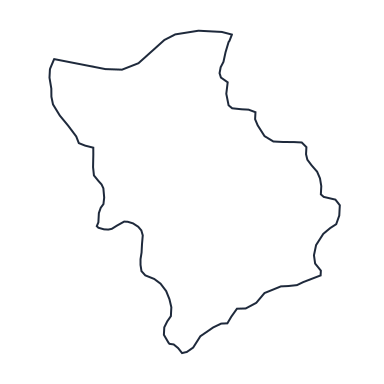 the Statistical Region of Bitola, rotated 183°
{"feature_id": "MKD-2896", "entity_name": "Bitola", "entity_type": "Statistical Region", "adm_level": 1, "iso_a3": "MKD", "parent_name": "North Macedonia", "parent_adm1": "", "projection": "mercator", "projection_center": [21.29, 41.04], "detail": "fine", "context": "isolated", "style": "outline", "palette": "slate", "viewbox_px": 384, "rotation_deg": 183, "n_neighbors": 0, "source": "natural_earth", "source_scale": "10m", "svg_char_len": 1636}
<svg xmlns="http://www.w3.org/2000/svg" viewBox="0 0 384 384"><g transform="rotate(183 192 192)"><path d="M336.6,317.5L284.9,310.2L268.3,310.5L252.2,317.8L227.5,342.4L217.0,348.5L194.0,353.4L170.6,353.4L160.4,351.3L160.4,351.2L162.5,344.9L163.3,343.7L165.8,333.4L167.4,323.6L169.9,318.1L170.7,312.1L169.1,307.8L162.1,303.4L162.9,291.9L160.0,280.5L156.3,277.7L146.8,277.2L139.8,277.2L132.8,275.0L132.8,268.0L129.9,262.0L122.5,251.6L113.4,246.7L104.0,246.7L92.4,247.2L85.0,247.2L80.1,242.8L80.1,235.7L78.5,230.3L73.9,224.8L68.1,218.8L64.9,212.3L63.2,204.6L63.2,196.4L60.2,194.0L48.4,191.9L43.7,186.5L43.7,176.2L46.3,167.4L52.0,163.3L58.7,157.1L65.3,145.5L66.9,135.2L65.3,127.0L59.2,120.2L59.2,115.4L59.5,115.3L66.9,112.0L76.1,107.9L82.3,104.5L91.1,103.1L98.3,102.4L107.0,98.3L114.3,94.9L122.0,84.7L132.3,78.5L141.0,77.8L146.2,69.6L149.8,62.7L156.0,62.1L163.7,57.9L176.1,48.4L182.7,36.7L188.9,31.9L190.2,31.6L193.5,30.6L197.7,35.4L202.3,38.8L206.6,39.2L207.6,40.3L212.6,47.9L212.6,55.4L209.9,61.6L206.6,66.9L206.6,75.8L208.9,83.7L212.6,91.7L218.6,98.8L225.2,103.2L234.3,106.3L238.3,110.3L239.6,116.5L239.9,122.2L239.2,128.9L239.2,137.3L238.9,146.1L240.6,151.0L243.9,154.5L249.3,157.6L254.6,158.9L258.2,158.9L265.2,154.5L270.2,151.0L273.6,150.1L277.9,150.1L283.6,151.4L285.3,152.9L283.9,156.8L283.9,166.1L282.3,171.5L279.8,175.3L279.4,181.8L280.7,191.0L282.7,194.8L285.9,198.0L290.8,203.4L292.1,211.6L292.5,224.0L292.9,231.1L301.1,232.7L307.6,234.9L310.5,241.4L319.1,251.7L328.0,261.4L335.4,272.2L337.4,279.8L337.9,287.9L340.3,298.7L340.3,306.8L340.1,307.9L336.7,317.3L336.6,317.5Z" fill="none" stroke="#1e293b" stroke-width="2"/></g></svg>